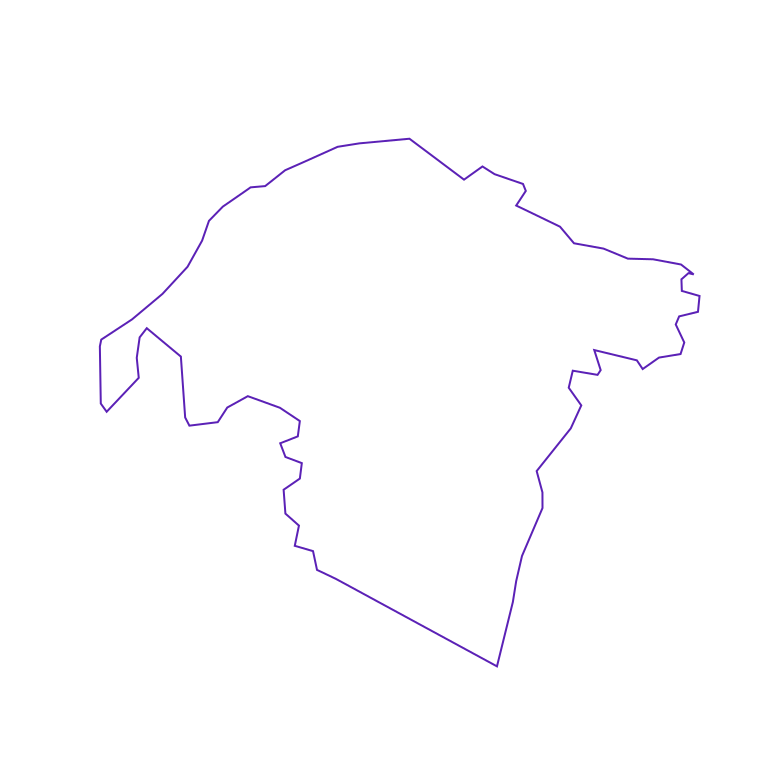 Filingué, Tillabéri, Niger (Albers equal-area conic projection), rotated 195°
{"feature_id": "23599985B22646074094064", "entity_name": "Filingué", "entity_type": "district", "adm_level": 2, "iso_a3": "NER", "parent_name": "Niger", "parent_adm1": "Tillabéri", "projection": "albers", "projection_center": [3.193, 14.311], "detail": "fine", "context": "isolated", "style": "outline", "palette": "violet", "viewbox_px": 768, "rotation_deg": 195, "n_neighbors": 0, "source": "geoboundaries", "source_scale": "gbopen_adm2", "svg_char_len": 1149}
<svg xmlns="http://www.w3.org/2000/svg" viewBox="0 0 768 768"><g transform="rotate(195 384 384)"><path d="M113.2,570.0L128.0,576.3L156.4,574.1L180.9,568.2L207.0,571.6L236.9,569.1L254.7,581.5L302.5,590.6L297.0,607.2L301.5,613.2L331.5,615.3L345.2,619.6L359.6,602.1L422.9,627.5L470.0,610.1L490.2,601.1L521.1,575.9L534.8,564.9L550.0,544.4L563.8,539.4L565.5,537.3L585.6,513.6L595.3,496.3L596.8,475.4L604.1,446.4L621.3,413.7L644.1,381.2L668.6,353.7L668.2,346.8L652.5,291.8L644.7,285.4L622.5,326.5L629.6,345.3L632.1,365.8L627.6,376.5L587.3,357.9L567.4,300.2L561.2,293.4L534.7,304.1L529.3,320.7L512.4,337.0L478.4,334.1L455.7,326.4L453.7,311.1L468.9,299.9L460.3,288.0L442.9,286.3L440.8,270.9L453.6,255.9L445.7,233.3L429.5,225.2L428.3,204.6L409.3,204.2L400.6,187.1L380.0,183.3L201.8,140.5L203.1,206.7L205.3,227.8L206.2,253.6L198.8,305.2L202.9,320.3L214.0,339.4L192.1,389.5L187.9,414.4L204.6,428.2L205.1,445.7L180.1,448.1L178.3,453.5L189.7,471.2L145.9,472.3L138.0,465.4L125.2,480.7L105.3,489.7L104.7,501.8L117.6,517.0L116.4,525.7L99.4,535.0L102.0,550.7L120.4,551.0L123.8,562.1L118.6,569.9L113.2,570.0Z" fill="none" stroke="#5b21b6" stroke-width="2"/></g></svg>